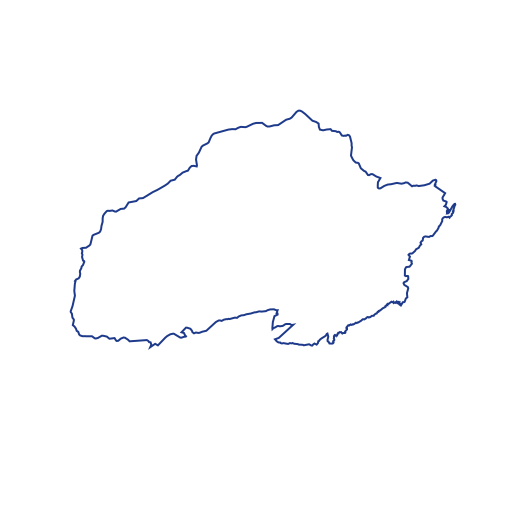 outline of Ambato, Tungurahua, Ecuador, rotated 40°
{"feature_id": "8360857B61692882319499", "entity_name": "Ambato", "entity_type": "district", "adm_level": 2, "iso_a3": "ECU", "parent_name": "Ecuador", "parent_adm1": "Tungurahua", "projection": "equal_earth", "projection_center": [-78.682, -1.291], "detail": "fine", "context": "isolated", "style": "outline", "palette": "blue", "viewbox_px": 512, "rotation_deg": 40, "n_neighbors": 0, "source": "geoboundaries", "source_scale": "gbopen_adm2", "svg_char_len": 6124}
<svg xmlns="http://www.w3.org/2000/svg" viewBox="0 0 512 512"><g transform="rotate(40 256 256)"><path d="M378.5,94.7L378.1,95.0L375.9,89.8L375.7,88.6L375.0,88.1L374.6,88.5L374.5,91.3L375.9,98.7L375.6,100.0L375.1,100.5L374.1,96.7L373.9,96.8L373.6,99.2L373.3,98.9L373.0,97.2L372.4,96.3L370.1,96.2L368.4,96.8L368.5,94.7L367.4,92.1L366.7,92.0L363.9,93.1L362.2,92.3L361.3,91.3L360.5,86.3L348.5,87.4L347.9,86.5L347.5,87.0L347.2,86.6L346.0,82.6L345.1,82.1L344.5,82.2L343.0,84.6L342.5,89.0L339.5,93.6L335.7,97.8L333.7,98.7L332.8,99.9L331.4,101.0L330.7,102.3L325.1,102.3L323.3,103.5L322.7,104.9L321.0,107.1L316.9,109.5L313.4,114.1L311.0,116.6L309.2,119.9L307.8,124.2L306.8,125.2L305.9,125.4L305.3,125.3L304.0,123.8L302.0,121.1L301.2,116.3L297.0,117.8L292.7,118.4L291.5,119.3L290.6,121.4L289.7,122.0L285.7,120.9L284.1,121.4L279.9,121.4L275.2,119.0L274.3,119.1L272.3,120.3L269.1,120.1L266.3,119.0L264.2,118.0L259.7,111.1L258.3,110.0L256.7,108.1L251.4,104.2L249.9,103.7L248.4,104.2L247.6,106.2L246.9,106.4L246.0,107.6L244.3,108.5L240.7,107.4L239.5,107.6L238.5,108.8L236.9,109.1L233.7,111.3L231.6,110.9L228.9,113.6L226.6,116.6L223.7,118.1L221.2,116.7L218.8,114.3L215.8,114.7L212.3,116.1L202.2,115.6L198.1,115.8L196.2,116.4L195.1,117.4L194.4,119.5L194.3,127.1L193.6,129.2L191.5,132.2L188.8,141.5L185.9,144.2L183.2,148.0L181.6,149.4L180.2,149.8L175.1,150.1L170.6,154.0L168.8,156.5L165.8,163.1L165.1,164.1L161.4,166.8L160.1,168.9L158.8,172.1L156.3,174.0L153.6,176.9L145.2,189.1L144.8,190.4L144.7,192.3L145.3,194.9L146.7,199.4L146.4,200.9L144.4,205.5L144.1,207.2L145.8,213.5L146.1,217.5L148.1,220.7L152.5,224.5L153.0,225.5L150.4,226.9L148.8,228.5L148.5,231.0L149.0,234.4L148.1,235.7L146.2,239.3L145.5,243.3L145.0,244.2L144.6,245.9L144.7,249.8L142.2,253.2L141.9,257.2L140.9,260.7L138.0,268.7L135.9,273.3L132.2,284.3L129.4,287.1L129.0,290.8L124.0,296.9L124.8,302.5L124.5,304.5L122.1,306.9L120.3,311.9L119.4,312.6L116.8,313.4L114.9,315.5L113.3,316.7L112.8,317.6L112.7,321.0L113.0,323.4L114.1,325.4L116.6,328.5L118.3,332.3L120.0,334.9L120.9,337.5L120.7,339.2L117.9,344.4L117.7,345.5L121.6,353.4L121.7,354.8L120.5,358.9L117.9,361.4L117.2,362.8L119.1,363.2L120.3,364.5L120.8,365.8L122.3,366.6L123.3,368.5L126.5,370.7L127.7,370.4L128.2,370.8L129.3,374.3L129.2,376.1L130.1,377.8L130.6,380.4L131.4,381.5L132.8,382.6L134.3,385.1L134.5,387.2L133.3,389.6L133.4,391.4L133.9,391.3L135.1,393.7L139.3,399.6L142.8,402.8L147.7,412.4L149.6,417.5L150.3,418.1L152.0,418.5L155.0,421.2L157.2,421.7L158.0,422.6L160.1,426.7L162.4,426.7L164.8,427.4L166.8,428.6L168.5,428.3L171.0,429.8L172.3,429.9L174.6,429.0L182.0,422.9L185.4,422.7L186.3,422.2L187.6,420.4L189.1,416.2L190.4,415.2L193.6,413.6L196.9,413.6L200.4,409.8L203.1,410.7L204.0,410.6L205.0,409.4L205.5,406.3L206.9,403.6L208.2,402.8L211.9,402.4L214.0,402.6L226.4,390.6L228.2,390.3L229.5,390.7L230.7,389.9L232.8,391.2L233.6,393.8L235.2,388.1L238.3,387.5L239.0,377.0L239.4,374.5L240.7,371.0L242.6,368.6L243.3,368.3L250.4,367.2L251.3,366.6L252.9,364.0L254.0,362.9L254.0,362.5L252.9,362.5L250.4,361.3L248.0,362.3L248.4,355.9L249.3,355.2L252.5,353.9L254.9,354.4L256.3,355.2L258.2,355.1L259.2,353.2L261.3,352.0L262.1,351.1L263.6,348.4L266.0,345.2L267.7,332.4L268.8,329.5L269.8,328.5L271.4,327.8L272.3,325.5L273.7,323.6L274.8,322.7L275.3,321.8L276.2,321.4L279.5,316.7L281.2,315.6L281.7,313.3L282.9,311.0L284.9,308.9L286.1,306.8L289.0,303.4L291.1,300.1L292.2,299.1L294.0,296.4L296.0,295.0L299.0,291.9L299.7,290.1L301.2,287.8L304.0,285.3L306.7,284.4L307.4,283.7L308.6,286.6L309.4,286.2L310.2,287.0L308.8,290.2L311.4,295.8L314.8,300.6L315.6,301.4L315.7,300.1L316.8,297.9L317.1,296.6L317.9,295.4L319.5,294.5L321.4,292.4L322.3,289.4L322.9,288.6L325.7,286.3L327.7,286.0L328.7,284.8L326.1,304.1L324.1,307.6L326.7,308.0L328.7,307.8L330.2,306.7L330.8,306.9L332.1,306.3L333.0,305.1L336.7,303.0L337.3,302.5L337.9,301.0L339.6,299.9L339.9,299.2L341.6,298.7L344.7,296.6L345.7,296.4L349.0,293.9L350.0,293.7L353.4,289.5L355.9,289.0L356.7,288.4L356.6,287.3L357.0,285.5L359.4,284.9L359.4,282.8L358.5,281.3L358.9,280.6L358.7,279.2L359.1,277.2L360.7,272.3L360.3,270.2L360.6,269.5L363.2,271.3L364.7,274.3L365.8,275.3L366.6,275.0L368.5,275.8L370.6,274.2L371.0,273.7L371.1,272.6L370.4,272.4L369.8,271.3L370.2,270.5L369.5,269.5L368.7,269.3L368.3,268.5L367.3,267.4L367.1,266.2L367.2,265.8L368.5,265.8L368.2,265.3L369.2,264.7L368.5,263.1L368.9,262.4L368.4,261.9L369.0,261.1L369.1,260.4L369.7,260.2L370.1,259.6L371.9,259.9L372.1,259.2L373.7,257.7L373.7,257.2L372.8,256.6L372.9,253.7L372.2,252.9L371.6,253.1L371.2,252.6L371.2,249.9L371.9,249.6L371.8,248.8L372.4,248.3L372.5,247.6L373.4,247.4L373.8,246.4L374.3,246.3L374.4,245.7L374.9,245.2L375.4,242.9L376.3,242.6L376.6,241.6L377.0,241.3L378.2,237.8L378.3,236.3L378.6,235.6L379.7,235.0L380.4,232.9L380.3,232.1L380.9,230.8L382.0,230.6L382.3,229.8L382.8,229.4L383.2,227.4L384.6,226.1L384.4,225.1L384.8,223.2L385.4,222.5L385.1,220.6L385.7,220.1L385.4,219.3L385.7,219.1L385.7,218.4L386.1,218.0L386.7,214.6L387.7,212.3L387.4,211.4L387.8,211.2L387.5,210.3L387.7,209.5L388.1,209.3L387.5,208.8L387.7,207.8L388.3,207.7L389.1,204.0L390.2,203.8L390.6,202.7L391.8,203.4L392.4,202.0L393.0,202.2L393.4,201.7L393.2,200.7L394.3,201.1L394.3,200.6L393.8,200.1L394.4,199.7L394.7,200.9L395.3,200.8L395.8,199.5L396.5,200.5L397.3,199.9L397.4,200.9L398.8,200.8L398.2,197.0L399.2,196.0L399.3,195.5L398.1,192.2L398.5,190.4L395.5,187.4L393.4,182.9L392.3,182.2L388.2,182.8L386.5,182.0L386.3,181.3L386.4,180.7L387.6,178.3L387.4,175.6L385.5,173.7L384.9,173.9L383.7,175.1L382.6,175.3L378.7,170.5L378.2,168.4L378.3,167.8L380.5,165.5L380.4,161.7L379.2,161.0L378.8,160.1L378.2,159.7L375.7,160.8L374.3,157.5L372.1,157.1L372.1,156.0L372.5,155.0L373.8,154.0L374.1,153.4L374.6,149.9L374.3,148.0L375.4,145.1L374.9,142.7L375.1,140.8L373.5,140.1L373.3,138.6L373.7,137.0L372.3,134.6L372.5,133.1L373.3,132.0L376.3,130.2L376.9,128.5L378.2,127.4L378.4,126.8L378.1,121.3L378.3,120.2L377.7,117.0L377.1,115.9L377.3,114.0L376.2,109.5L375.1,108.3L374.8,107.1L375.0,105.9L375.7,104.5L377.3,103.7L378.3,102.2L379.6,102.2L379.4,101.2L379.8,99.9L379.8,98.8L379.0,98.1L379.2,96.2L378.5,94.7Z" fill="none" stroke="#1e3a8a" stroke-width="2"/></g></svg>